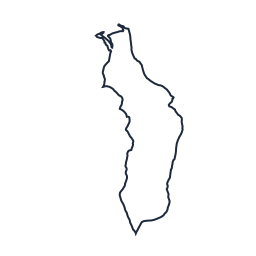 Cristian, Sibiu, Romania, rotated 307°
{"feature_id": "2599482B42247101066007", "entity_name": "Cristian", "entity_type": "district", "adm_level": 2, "iso_a3": "ROU", "parent_name": "Romania", "parent_adm1": "Sibiu", "projection": "robinson", "projection_center": [23.992, 45.701], "detail": "fine", "context": "isolated", "style": "outline", "palette": "slate", "viewbox_px": 256, "rotation_deg": 307, "n_neighbors": 0, "source": "geoboundaries", "source_scale": "gbopen_adm2", "svg_char_len": 5800}
<svg xmlns="http://www.w3.org/2000/svg" viewBox="0 0 256 256"><g transform="rotate(307 128 128)"><path d="M189.9,50.8L189.5,50.2L189.0,49.8L188.3,49.4L187.5,49.0L187.1,48.9L186.7,48.7L186.1,48.4L185.3,48.0L184.8,47.6L184.2,47.3L183.2,47.0L182.8,47.0L182.4,46.9L182.4,47.4L182.1,48.6L182.5,49.7L182.9,51.0L183.4,52.0L184.0,52.6L184.2,52.9L184.2,53.7L183.6,55.6L183.4,56.3L182.9,57.2L182.3,57.6L182.1,57.8L182.4,58.5L182.4,58.8L182.2,59.1L181.3,59.9L181.2,60.4L181.2,60.8L181.3,61.2L181.3,62.0L180.7,62.7L179.6,64.3L179.2,64.8L178.7,65.8L178.6,66.0L178.6,66.4L178.7,66.6L179.6,67.2L179.0,68.4L177.5,68.7L169.9,72.5L168.1,72.3L166.0,72.0L164.9,72.0L163.5,71.9L162.8,72.0L162.0,72.2L161.3,72.5L160.4,73.0L159.3,73.4L157.9,74.0L157.4,74.3L156.8,74.7L156.3,75.3L156.0,76.0L155.4,77.0L154.7,77.8L154.1,78.5L153.9,79.0L153.6,79.6L153.0,80.2L152.3,80.7L151.5,81.1L150.5,81.5L150.1,81.9L149.5,82.2L148.7,82.6L147.7,83.0L146.8,83.2L145.8,83.3L146.0,83.5L146.5,83.9L146.8,84.0L147.6,84.7L148.0,85.1L148.5,85.7L149.1,87.0L149.6,88.2L149.7,88.5L149.8,89.0L149.9,89.6L150.0,90.1L150.1,91.7L150.1,92.3L150.1,92.8L150.0,93.2L149.8,93.9L149.6,94.3L149.5,96.3L149.5,96.9L149.1,98.8L148.7,100.6L148.7,101.1L148.8,102.2L149.0,102.7L149.0,103.2L149.0,103.9L148.9,104.3L148.7,104.8L148.1,105.9L147.5,106.5L147.1,106.9L146.4,107.1L145.6,107.3L144.7,107.8L143.9,108.4L143.4,108.6L142.7,108.9L142.0,109.0L140.7,109.1L139.6,109.4L138.9,109.6L138.3,110.0L138.6,111.0L138.7,111.5L138.8,112.3L138.8,112.9L138.8,113.8L138.8,114.5L138.6,115.8L138.3,117.0L138.1,117.8L138.0,118.1L137.6,118.7L137.0,119.4L136.6,119.9L136.3,120.3L136.7,120.6L137.0,121.1L137.4,122.3L137.2,122.8L136.4,123.4L135.7,124.2L135.1,124.7L134.0,125.4L132.5,125.9L131.0,126.1L129.9,126.4L128.5,126.6L126.8,126.7L126.6,126.8L125.9,127.0L125.4,127.3L125.2,127.6L125.2,127.8L125.1,128.1L125.2,128.6L125.0,129.5L124.9,129.9L124.3,131.1L123.9,131.9L123.0,133.8L122.5,134.8L122.4,135.6L122.2,136.4L122.0,137.3L121.4,138.7L121.3,139.2L121.2,139.5L120.9,139.9L120.7,140.1L120.1,140.5L118.8,141.0L118.6,141.1L118.4,141.2L118.2,141.5L118.0,141.9L116.9,142.4L115.8,142.8L115.0,142.9L114.0,143.2L113.2,143.6L112.4,143.9L111.5,143.1L110.3,142.3L110.0,142.2L109.8,142.2L109.3,142.2L107.5,142.6L107.0,142.9L106.1,143.8L105.7,144.2L102.5,145.8L99.3,147.1L98.8,147.4L98.0,147.9L97.4,148.2L96.1,148.8L95.6,149.7L95.4,150.1L95.2,150.6L94.9,151.1L94.5,151.6L93.8,152.0L93.2,152.2L92.7,152.3L92.2,152.4L91.8,152.6L91.1,153.0L90.5,153.4L90.3,153.7L90.0,154.2L89.3,155.6L88.9,156.1L88.4,156.6L88.0,156.9L87.6,157.2L87.2,157.4L85.3,158.1L84.2,158.5L82.6,158.9L82.1,159.1L81.6,159.2L81.4,159.4L80.8,159.8L80.4,160.0L79.9,160.2L78.5,160.3L75.8,160.6L74.2,160.5L72.0,160.5L71.7,160.5L71.3,160.7L70.9,160.9L70.5,161.1L70.1,161.3L69.6,161.7L69.1,162.1L68.6,162.7L67.9,163.8L66.5,165.5L65.9,166.5L65.1,168.2L64.8,169.1L64.6,169.5L63.6,171.4L62.5,173.0L60.9,175.1L60.5,175.7L60.2,176.2L60.0,176.9L59.7,177.8L59.4,178.2L58.1,179.9L57.4,180.9L57.0,181.5L56.8,181.9L56.3,183.1L55.7,184.3L55.4,184.7L54.8,185.5L54.1,186.3L53.5,187.0L52.7,188.8L52.5,189.2L51.1,191.4L50.2,192.9L49.8,193.9L49.9,194.4L49.3,196.3L48.8,197.3L48.5,197.7L50.6,197.2L51.8,197.1L53.9,196.7L57.1,196.2L60.4,195.7L61.2,195.6L63.3,196.8L64.2,197.7L66.6,200.3L68.2,202.3L70.1,203.9L71.9,205.1L73.7,206.2L75.9,207.5L78.5,208.6L79.8,208.9L82.5,208.8L83.0,209.1L84.6,209.1L85.7,208.9L86.8,208.6L88.3,207.7L91.3,206.9L93.4,206.0L94.7,205.2L95.9,203.4L96.7,202.1L97.8,201.2L98.8,200.6L99.6,200.2L100.2,199.3L101.0,198.0L101.9,196.7L102.4,195.8L102.9,195.6L104.0,195.5L105.9,194.4L106.3,193.8L106.6,193.1L107.6,192.5L109.3,192.0L110.8,191.7L113.7,191.3L116.9,189.4L119.3,188.1L119.9,187.8L120.5,187.3L121.4,187.3L122.5,187.1L123.7,186.2L126.0,185.2L127.4,184.3L129.5,183.6L131.0,183.9L135.8,181.7L138.8,180.0L139.7,179.3L142.2,177.8L145.2,176.2L146.9,175.7L148.0,175.2L149.7,174.9L151.5,174.4L154.4,174.1L157.1,173.5L159.9,172.4L160.7,171.4L161.2,171.2L162.0,170.7L164.0,168.5L165.2,167.1L166.5,166.4L167.6,165.6L168.5,164.5L168.6,163.8L169.0,161.7L168.7,160.2L169.7,156.8L170.1,155.6L171.0,154.4L170.9,153.5L170.9,150.2L170.2,148.1L170.4,147.3L171.0,146.7L172.8,146.6L174.1,146.9L174.9,147.2L176.2,146.9L177.8,146.2L178.1,145.9L178.5,146.1L178.8,146.3L179.6,146.0L179.9,145.9L179.9,145.2L179.7,142.9L179.9,142.0L180.6,140.9L181.2,139.3L182.1,136.0L182.1,135.0L182.1,133.0L182.2,131.7L182.1,130.0L181.7,128.8L181.6,128.3L181.2,127.6L180.8,126.9L180.4,125.8L180.1,124.2L179.7,123.1L179.5,121.8L179.4,119.9L179.2,118.2L179.3,115.2L179.3,114.6L179.2,113.1L179.5,112.3L180.3,110.0L180.9,108.5L181.9,107.0L183.1,105.3L185.1,102.8L185.9,101.8L186.5,101.2L186.8,100.2L187.1,99.2L187.3,98.5L187.6,98.2L187.7,97.1L187.4,95.4L187.3,94.3L187.7,93.4L187.8,92.5L187.7,91.7L187.5,91.4L188.1,90.5L188.9,88.8L190.5,86.2L192.1,84.2L192.8,83.5L194.3,82.5L195.0,81.8L196.0,80.7L197.0,79.9L198.2,78.7L200.3,76.6L201.5,75.6L202.8,74.4L204.1,73.0L205.9,70.7L207.3,68.9L207.5,68.6L206.7,67.2L206.1,65.9L205.9,65.0L205.9,64.4L206.3,63.9L206.5,63.3L206.4,62.9L205.9,61.9L205.5,60.8L205.3,59.1L205.3,58.4L205.0,58.2L204.6,58.2L204.2,58.4L204.2,58.9L204.3,59.5L204.7,61.0L204.6,61.5L204.6,61.8L204.9,62.7L205.1,63.1L205.2,63.4L204.9,63.5L204.4,63.7L204.0,64.0L203.7,64.5L203.3,65.5L202.3,65.7L201.8,65.1L201.0,63.9L199.9,62.9L198.4,61.9L196.9,60.7L195.4,59.5L194.4,58.8L193.3,58.2L191.4,57.5L190.7,56.7L189.8,56.4L189.3,56.7L189.2,58.0L189.0,58.7L188.9,59.7L188.4,60.4L187.7,61.4L186.8,62.2L186.3,63.0L185.9,63.8L185.5,65.0L185.3,65.3L184.9,65.6L183.8,66.4L183.2,66.7L182.9,66.9L182.7,67.0L182.6,66.7L182.6,66.4L183.4,65.4L184.1,64.6L184.9,63.5L185.0,62.6L185.1,62.2L185.2,61.8L185.4,61.4L185.7,60.7L185.9,58.7L186.0,57.4L186.1,55.8L186.1,51.9L186.2,51.0L186.2,50.2L186.6,50.2L189.3,51.1L189.9,50.8Z" fill="none" stroke="#1e293b" stroke-width="2"/></g></svg>